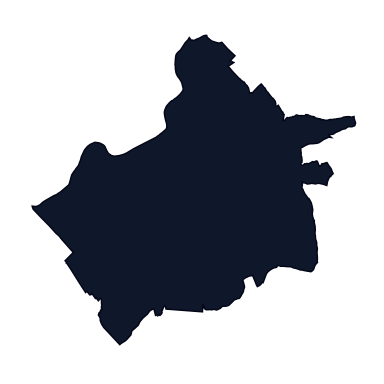 outline of Bradesti, Dolj, Romania, rotated 94°
{"feature_id": "2599482B10867437215868", "entity_name": "Bradesti", "entity_type": "district", "adm_level": 2, "iso_a3": "ROU", "parent_name": "Romania", "parent_adm1": "Dolj", "projection": "mercator", "projection_center": [23.618, 44.508], "detail": "fine", "context": "isolated", "style": "filled", "palette": "ink", "viewbox_px": 384, "rotation_deg": 94, "n_neighbors": 0, "source": "geoboundaries", "source_scale": "gbopen_adm2", "svg_char_len": 5872}
<svg xmlns="http://www.w3.org/2000/svg" viewBox="0 0 384 384"><g transform="rotate(94 192 192)"><path d="M217.2,350.4L218.9,349.9L220.5,349.0L229.3,339.3L235.6,332.1L242.4,325.1L245.0,321.7L249.0,318.0L260.6,306.2L269.4,313.8L271.3,312.1L271.6,312.4L272.0,311.6L272.8,311.2L276.7,308.1L291.5,297.3L299.7,291.1L298.4,289.8L301.3,287.3L301.8,286.7L301.0,284.6L300.6,284.4L305.0,280.9L304.9,280.3L304.4,280.1L305.0,279.7L307.0,277.8L304.4,276.0L305.5,274.9L310.4,274.4L311.7,273.7L312.4,274.4L313.9,274.1L314.9,274.2L315.2,273.6L315.6,273.4L315.8,273.7L315.7,274.2L316.5,275.0L318.6,275.0L319.0,275.2L318.6,276.0L319.3,276.4L320.0,276.5L320.7,276.2L321.3,276.8L323.9,274.9L326.8,274.5L330.0,273.0L333.3,270.6L349.3,253.4L348.2,252.4L344.9,247.9L343.2,246.4L338.8,243.0L335.2,242.4L334.4,242.0L332.1,239.6L328.6,236.3L325.0,234.9L321.1,232.1L317.0,228.0L313.4,225.7L311.9,223.5L311.1,221.9L317.7,219.7L317.0,217.9L317.2,217.4L317.7,217.3L317.0,216.6L316.5,216.4L317.2,215.9L317.3,215.3L316.1,214.2L314.5,213.4L313.4,214.0L312.6,214.0L312.8,213.8L312.7,213.5L308.2,212.2L307.3,211.0L310.6,209.7L310.8,173.2L302.9,173.3L307.0,171.7L307.7,171.1L308.3,170.1L308.4,169.5L308.4,168.4L308.0,165.7L308.2,164.3L307.5,162.0L307.5,161.4L307.9,160.1L308.0,159.2L307.4,158.0L306.1,155.7L303.9,153.7L303.5,150.0L302.7,147.8L301.9,146.8L296.5,142.1L295.8,140.2L295.1,139.2L294.9,137.6L293.9,136.7L288.1,133.9L285.2,133.5L283.7,133.0L282.3,133.1L276.8,135.0L275.6,135.0L274.8,133.7L273.8,132.6L271.9,129.1L271.6,128.0L271.3,126.2L270.8,125.8L280.6,121.0L281.8,120.2L280.6,118.2L279.4,116.9L277.8,116.1L276.9,116.1L277.3,115.9L277.0,115.2L277.6,115.0L277.6,114.8L268.8,112.2L267.9,111.8L266.2,110.6L264.4,108.7L262.6,106.2L261.9,104.8L261.3,102.4L259.8,101.7L259.4,101.1L259.4,99.8L259.9,98.7L259.9,98.1L259.7,95.3L259.8,93.1L259.7,88.0L260.5,86.0L260.9,83.4L261.6,80.2L262.1,79.1L262.2,78.1L262.1,76.5L262.4,75.5L262.9,71.5L262.9,70.4L263.2,68.5L263.2,67.9L263.1,67.5L261.8,66.0L259.9,65.0L258.2,64.7L255.9,63.8L253.4,61.9L252.3,62.3L249.9,62.2L243.5,63.1L239.6,63.0L236.5,63.9L233.7,64.1L229.7,65.6L227.2,65.8L225.7,66.3L223.2,66.5L221.8,66.3L216.7,67.0L215.5,67.7L215.4,67.5L214.0,67.9L212.0,68.0L210.3,69.1L207.9,70.0L205.4,70.5L201.3,70.3L197.4,71.3L194.5,72.3L192.6,73.4L190.4,74.9L190.5,75.5L190.3,75.6L185.6,79.5L184.2,80.2L183.6,80.8L182.1,81.2L180.1,82.8L179.7,82.9L179.5,82.6L178.3,83.0L177.9,82.7L176.8,83.2L176.7,83.1L177.1,82.6L176.6,82.7L176.1,82.3L175.1,83.0L174.3,83.2L174.6,82.4L175.1,80.2L176.0,77.5L175.7,75.7L175.0,73.3L175.3,69.3L174.6,67.1L174.5,66.5L174.6,65.1L175.1,61.6L176.1,58.0L172.4,57.6L168.8,56.5L167.3,55.6L166.9,54.8L165.1,53.7L164.3,52.8L163.6,52.5L162.6,53.2L159.0,54.9L159.2,55.1L156.8,56.6L156.1,57.5L153.7,59.0L153.2,59.5L153.5,60.5L154.3,62.1L154.8,64.4L155.1,64.7L156.2,64.7L156.8,65.8L157.1,65.8L157.5,66.5L156.6,67.2L152.7,69.1L152.7,69.7L152.4,69.9L152.6,70.9L153.5,71.9L153.3,73.7L153.4,74.2L154.1,75.0L154.9,76.4L155.4,76.6L155.4,77.3L155.8,77.8L155.8,78.2L155.5,79.4L156.3,80.2L155.9,81.2L156.0,81.7L157.0,82.6L157.3,82.6L157.7,83.4L157.4,84.7L157.1,85.1L157.0,85.6L155.7,85.4L155.1,84.6L154.7,84.4L152.9,84.4L149.8,84.9L147.2,85.9L145.6,85.7L144.6,86.1L140.2,86.6L139.8,85.2L137.7,82.2L136.5,79.8L136.2,79.5L135.5,76.8L135.5,75.5L134.8,71.4L134.4,69.9L133.7,68.4L130.5,64.4L127.8,59.5L127.9,56.8L125.9,59.6L125.6,59.4L124.9,57.4L124.7,56.0L124.2,54.7L122.5,52.7L120.9,49.4L119.2,46.7L118.8,45.8L118.2,43.4L116.8,41.9L115.9,40.4L115.8,37.1L114.8,34.8L114.2,34.2L113.6,33.9L112.5,34.3L111.9,33.6L107.5,35.3L105.4,35.7L106.3,38.4L105.9,39.9L105.9,41.3L106.4,44.6L107.0,46.6L107.9,47.9L109.0,53.1L109.4,54.0L109.3,55.0L110.0,56.9L109.9,58.5L110.3,60.2L110.9,61.6L111.1,63.0L111.0,65.2L110.6,66.4L110.9,66.8L110.7,67.5L110.9,68.3L110.2,68.7L109.6,74.0L108.6,75.0L108.3,75.9L108.3,77.1L108.0,79.1L106.8,82.2L106.9,83.9L107.7,84.1L107.9,84.4L108.1,86.3L108.2,89.0L108.5,90.5L107.9,92.4L107.9,93.2L108.2,93.8L108.7,94.0L109.6,95.6L109.7,96.9L110.4,97.5L110.7,99.6L111.3,100.3L111.2,100.9L111.1,102.3L113.1,104.0L113.5,104.0L113.9,104.5L114.2,104.5L114.2,105.1L114.5,105.4L113.9,106.1L108.2,105.5L108.0,106.6L106.8,106.6L106.0,107.0L105.9,107.1L106.0,107.5L99.5,112.0L100.7,113.4L100.5,114.3L98.4,115.0L98.2,114.9L98.2,114.6L95.7,115.3L93.1,117.5L92.1,119.1L86.6,123.9L87.0,123.8L86.5,124.6L86.0,124.7L83.1,126.6L82.5,127.6L80.7,129.1L79.4,130.5L82.2,133.3L87.2,137.4L89.1,138.6L88.7,139.2L89.4,141.5L87.6,141.8L86.3,142.5L85.9,142.4L84.4,142.9L82.1,144.4L80.8,146.1L78.8,147.5L78.6,147.9L78.7,148.4L78.5,149.1L78.0,149.2L77.7,149.9L77.1,150.5L76.9,151.1L75.9,151.9L75.4,152.9L68.7,160.2L65.7,163.0L64.2,164.8L59.9,159.3L58.5,163.0L53.1,158.6L46.8,166.3L40.6,172.7L41.5,175.0L41.5,175.9L41.2,178.1L40.1,182.4L39.8,183.2L37.6,186.3L36.2,187.9L34.8,188.2L34.7,189.0L35.0,190.2L35.8,192.1L37.9,195.2L39.1,197.8L40.8,200.8L40.4,201.9L40.8,203.1L38.2,205.5L40.3,206.5L43.6,209.2L51.2,213.4L53.1,215.3L54.7,216.6L55.7,217.2L57.0,217.6L59.8,217.8L66.1,217.8L67.6,217.4L70.1,217.2L74.0,216.3L75.2,215.8L77.6,214.4L80.1,212.2L82.5,210.5L83.8,209.8L89.1,208.1L90.8,208.0L92.0,208.5L95.2,210.6L99.0,214.1L100.3,215.9L102.0,217.3L102.1,218.0L102.5,218.7L104.2,220.5L108.1,223.4L111.0,224.5L113.4,225.1L115.2,225.1L118.5,224.4L122.3,223.3L125.0,222.3L127.5,221.7L130.0,221.8L131.2,222.3L135.3,226.4L136.4,227.8L137.7,228.9L138.8,230.5L139.7,231.3L152.9,253.2L157.7,260.0L159.4,263.2L160.9,267.6L161.7,272.0L161.3,274.8L159.3,278.1L156.9,279.8L152.5,282.2L151.9,282.8L151.0,284.1L149.8,286.9L149.4,288.8L149.2,292.3L151.6,296.9L153.9,299.5L157.5,302.1L164.5,304.8L167.8,305.4L173.7,307.2L176.8,309.4L178.2,310.1L180.4,311.6L183.4,313.2L189.6,314.4L191.9,314.9L193.6,315.5L201.2,323.3L202.8,325.6L203.9,326.7L205.2,329.4L210.7,337.6L212.6,340.1L215.5,342.9L217.0,345.5L217.4,347.1L217.3,349.7L217.2,350.4Z" fill="#0f172a" stroke="#020617" stroke-width="1.5"/></g></svg>